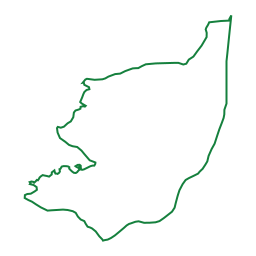 outline of Bodae, Grand Kru, Liberia
{"feature_id": "62588387B10493983903288", "entity_name": "Bodae", "entity_type": "district", "adm_level": 2, "iso_a3": "LBR", "parent_name": "Liberia", "parent_adm1": "Grand Kru", "projection": "mercator", "projection_center": [-8.37, 5.14], "detail": "fine", "context": "isolated", "style": "outline", "palette": "green", "viewbox_px": 256, "rotation_deg": 0, "n_neighbors": 0, "source": "geoboundaries", "source_scale": "gbopen_adm2", "svg_char_len": 2505}
<svg xmlns="http://www.w3.org/2000/svg" viewBox="0 0 256 256"><path d="M82.8,82.7L83.8,82.5L84.3,84.8L89.0,87.2L89.4,89.2L86.5,90.0L84.3,92.1L83.3,94.3L82.2,97.3L80.2,102.0L81.6,103.4L85.7,105.8L84.9,106.6L83.1,106.2L80.6,106.8L80.4,108.7L78.8,109.5L75.5,110.5L73.9,112.5L73.3,117.2L70.8,121.4L67.6,123.3L63.9,126.7L60.8,127.7L57.8,126.9L57.0,128.1L57.6,132.6L60.0,138.1L65.4,141.9L69.0,144.9L72.5,146.2L77.2,147.0L81.5,150.6L84.2,153.9L89.7,160.3L94.2,162.0L95.4,162.5L95.3,163.8L94.3,165.6L92.5,165.6L90.4,166.2L87.4,167.7L83.9,169.4L82.2,169.8L81.1,169.6L80.8,167.7L80.7,165.7L79.6,164.8L77.7,164.9L75.5,166.2L76.4,166.9L78.0,167.7L79.0,166.9L79.6,167.5L79.1,169.1L79.1,170.0L78.2,170.8L77.2,172.1L75.8,173.0L73.9,172.8L72.3,171.7L70.5,170.0L69.2,168.6L69.3,167.2L68.2,166.5L66.7,166.2L63.6,166.1L61.7,166.6L60.4,168.9L59.5,169.2L59.9,171.5L59.2,172.7L57.6,173.9L57.0,173.6L55.5,173.6L54.9,172.5L54.4,170.4L51.8,172.4L51.7,174.5L50.3,175.6L49.1,176.6L46.9,176.0L44.3,175.5L42.7,175.1L40.9,176.3L39.6,177.5L38.9,178.9L37.9,180.3L36.9,179.9L35.3,181.7L35.0,181.9L34.1,182.7L33.4,181.9L31.4,181.5L29.7,182.1L30.5,183.1L29.9,184.1L33.6,185.0L36.6,187.1L36.9,189.8L34.7,191.4L30.8,193.7L27.3,194.0L24.9,195.1L24.7,198.0L28.3,200.0L32.0,201.7L35.9,204.3L40.9,207.4L47.5,210.6L51.4,210.3L63.0,209.6L67.7,210.0L72.8,211.2L75.7,212.8L77.9,216.6L78.2,216.9L80.7,219.5L84.3,221.1L85.7,223.8L87.6,226.7L90.1,227.5L92.0,228.4L95.7,231.4L99.3,236.3L102.4,239.5L103.0,240.6L104.8,240.1L107.7,239.6L111.0,238.0L114.8,235.5L118.8,232.2L123.8,228.0L126.7,225.4L129.1,223.9L130.5,223.5L135.0,221.9L135.8,221.7L138.6,221.3L144.1,222.8L150.0,222.7L155.5,222.3L159.5,221.1L163.8,218.1L166.0,216.4L167.4,215.3L172.0,211.7L174.6,207.7L175.9,202.4L177.5,196.4L178.1,194.4L179.5,190.1L180.1,189.0L182.6,184.2L185.6,180.0L188.9,178.1L193.7,175.8L198.1,173.6L199.6,171.7L202.0,169.4L202.5,169.0L205.4,164.6L207.3,161.4L208.6,155.9L211.6,149.1L214.6,143.7L217.1,136.0L219.3,129.4L222.0,122.4L223.6,118.0L224.3,114.4L224.4,109.7L226.5,103.6L226.5,61.2L227.3,53.9L229.3,34.4L231.3,15.4L229.3,19.1L229.2,20.6L221.0,21.0L216.5,21.5L209.2,22.3L208.1,24.7L206.3,27.7L205.7,29.4L206.7,32.8L206.6,37.1L201.6,45.6L197.3,51.2L193.4,56.6L188.8,59.6L186.3,63.7L183.3,64.5L180.3,63.5L178.5,62.9L173.5,62.9L162.6,63.2L155.8,63.4L145.8,64.3L141.7,66.2L138.3,68.1L135.5,68.2L132.7,68.4L125.2,71.1L120.2,73.6L115.1,74.1L108.4,76.6L105.3,78.4L102.4,79.3L94.6,79.8L86.9,78.8L85.3,79.6L82.8,82.7Z" fill="none" stroke="#15803d" stroke-width="2"/></svg>